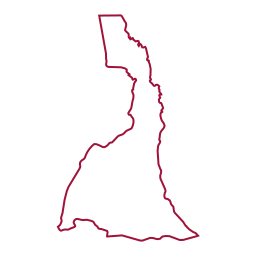 an SVG outline of Extrême-Nord
{"feature_id": "CMR-1462", "entity_name": "Extrême-Nord", "entity_type": "Province", "adm_level": 1, "iso_a3": "CMR", "parent_name": "Cameroon", "parent_adm1": "", "projection": "natural_earth1", "projection_center": [14.611, 11.501], "detail": "fine", "context": "isolated", "style": "outline", "palette": "rose", "viewbox_px": 256, "rotation_deg": 0, "n_neighbors": 0, "source": "natural_earth", "source_scale": "10m", "svg_char_len": 4135}
<svg xmlns="http://www.w3.org/2000/svg" viewBox="0 0 256 256"><path d="M124.6,21.1L125.5,22.3L126.0,23.4L126.2,24.5L126.1,26.0L125.2,29.3L125.1,30.2L125.8,31.2L127.6,32.8L128.7,34.1L128.7,36.8L128.9,37.4L129.1,37.8L129.5,37.8L130.0,37.6L130.0,38.3L130.1,39.0L130.3,39.3L130.9,39.2L132.1,38.2L132.5,38.1L133.0,38.3L133.1,38.7L133.1,39.1L133.3,39.6L134.4,40.3L134.8,40.8L135.8,41.4L137.6,40.9L138.6,41.2L139.0,42.4L138.1,44.8L138.8,45.9L139.7,44.2L140.0,43.9L140.6,44.2L141.1,44.8L141.6,45.5L141.7,46.2L142.2,47.3L143.2,47.5L145.2,46.9L146.0,48.4L148.0,57.1L147.7,57.5L147.3,58.6L147.1,59.1L147.1,59.9L147.2,60.0L147.5,60.1L148.0,60.6L147.9,60.2L148.1,60.2L148.5,60.4L148.8,60.6L148.9,60.9L148.8,61.7L148.8,62.0L149.6,63.8L150.7,69.2L150.6,69.8L150.5,74.7L150.5,74.8L150.4,75.6L150.1,76.8L150.1,77.7L150.2,78.2L150.5,78.5L150.8,78.9L150.9,79.6L150.6,80.1L150.2,80.2L149.9,80.5L150.1,81.6L150.4,82.1L151.9,83.3L153.3,85.1L154.2,85.9L154.9,85.8L155.9,84.9L157.0,84.7L158.2,85.3L159.3,86.4L159.0,86.9L158.8,87.7L158.8,88.5L159.1,89.2L159.5,89.8L159.6,90.2L159.4,90.7L159.3,91.6L160.0,92.7L161.0,93.7L161.3,94.5L159.5,94.8L159.3,95.1L159.4,95.8L159.7,96.6L159.9,97.0L160.2,97.7L159.8,98.3L159.2,98.9L158.9,99.4L159.0,101.2L159.4,102.3L160.1,102.9L161.2,103.1L161.6,103.9L163.1,108.0L162.8,108.7L161.8,109.8L161.4,110.4L161.5,110.7L162.2,111.4L162.3,111.9L162.0,112.2L161.6,112.3L161.2,112.3L160.5,113.9L160.4,115.2L160.6,116.7L161.5,119.9L162.2,121.1L163.9,123.6L164.6,125.9L163.8,127.9L161.0,131.5L160.4,132.7L160.0,134.1L159.6,137.8L159.3,138.9L159.3,139.7L159.5,140.3L159.9,140.6L160.1,141.0L160.2,141.7L159.8,142.9L158.4,145.2L158.1,146.3L157.6,150.8L158.1,158.1L158.5,164.2L160.2,168.7L160.8,169.8L161.2,171.0L161.0,172.8L160.2,175.8L160.4,178.5L165.0,188.9L165.5,190.6L165.4,191.8L164.8,193.0L164.4,194.8L164.4,196.5L164.8,197.9L165.2,198.3L165.7,198.6L166.4,198.8L167.1,198.9L167.8,199.0L168.2,199.3L168.5,199.7L169.7,200.3L170.3,201.6L171.1,204.2L172.0,205.3L172.8,206.1L173.4,207.0L173.6,208.4L173.8,210.2L174.1,211.6L174.8,212.8L183.2,221.9L185.5,225.6L186.4,226.2L186.4,226.5L189.2,229.3L193.3,232.1L195.4,232.9L198.1,235.7L197.0,236.1L183.3,239.9L179.8,240.0L169.5,236.2L165.9,236.0L163.1,236.4L162.5,236.6L161.8,237.0L160.7,238.2L160.1,238.7L158.4,239.1L156.5,239.0L152.9,238.0L150.1,237.9L142.4,240.6L140.0,240.5L122.1,235.4L107.1,236.5L107.0,236.4L107.6,232.0L107.0,230.9L101.3,229.0L100.3,229.0L98.5,228.5L97.3,226.5L95.3,224.9L95.1,224.7L93.5,222.0L92.7,221.4L90.7,220.7L87.4,219.9L86.2,219.8L83.6,220.1L81.2,219.8L77.4,218.9L76.5,219.0L75.6,219.3L74.5,220.3L74.0,221.1L73.7,222.0L73.7,222.8L74.0,223.5L74.9,225.1L75.2,225.9L74.9,226.6L74.1,227.1L70.2,228.6L68.8,229.4L67.8,229.7L66.6,229.5L64.4,229.5L61.4,230.6L60.7,230.6L59.9,230.1L59.4,229.6L58.1,227.2L57.9,226.7L58.5,226.3L59.8,225.2L60.5,224.1L61.5,221.7L61.6,220.8L61.5,219.9L61.1,218.5L61.1,217.6L62.5,213.1L64.6,199.7L66.9,190.8L68.6,186.7L79.5,168.7L79.8,167.9L80.3,166.8L79.9,164.1L80.1,162.6L80.8,161.4L81.8,160.4L84.1,158.8L84.9,157.7L85.9,154.9L87.4,151.9L89.4,148.9L91.7,146.3L94.1,144.1L96.0,144.1L98.4,144.9L102.7,147.0L103.9,147.2L105.3,146.8L106.6,146.0L107.7,145.1L109.4,143.1L110.1,142.7L111.8,142.5L112.2,142.3L117.7,136.5L118.8,135.7L122.5,134.4L123.7,133.6L126.0,131.2L127.3,130.4L130.4,129.0L131.5,128.4L132.2,127.1L132.8,125.4L133.3,123.6L133.5,122.1L133.5,120.3L133.2,118.9L132.5,117.7L131.5,116.5L131.2,116.0L130.9,115.5L130.7,115.1L130.2,114.7L129.2,114.8L128.9,114.7L128.4,113.8L128.3,113.2L128.6,112.5L130.8,109.1L131.3,107.9L132.6,100.7L133.3,98.4L133.5,96.0L133.5,95.5L133.4,94.7L132.2,91.7L132.1,90.3L133.2,89.5L133.1,88.7L134.1,83.6L134.5,82.8L134.8,82.4L135.0,81.9L136.1,80.5L136.0,79.8L135.7,79.1L135.0,78.7L134.5,78.9L133.6,79.4L132.9,79.7L132.5,79.4L132.1,77.9L131.1,77.0L129.9,76.2L128.7,75.2L129.3,74.9L129.5,74.8L129.5,74.2L128.9,73.9L127.1,72.3L126.6,71.8L126.5,71.2L126.8,70.1L126.6,69.4L125.0,68.4L121.1,67.3L108.5,66.9L107.6,66.6L106.7,66.1L106.2,65.0L106.1,64.1L106.5,62.0L106.5,60.6L106.2,59.4L106.1,59.1L106.0,53.6L102.6,34.6L99.2,15.6L120.8,15.4L121.8,16.1L124.6,21.1Z" fill="none" stroke="#9f1239" stroke-width="2"/></svg>